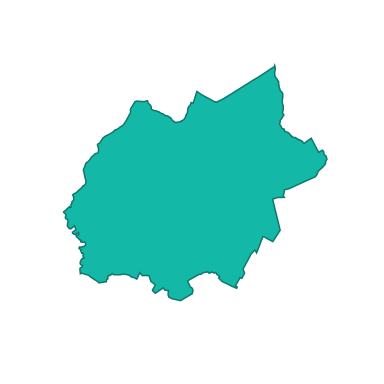 Osorhei, Bihor, Romania, rotated 244°
{"feature_id": "2599482B12342041000570", "entity_name": "Osorhei", "entity_type": "district", "adm_level": 2, "iso_a3": "ROU", "parent_name": "Romania", "parent_adm1": "Bihor", "projection": "orthographic", "projection_center": [22.056, 47.025], "detail": "fine", "context": "isolated", "style": "filled", "palette": "teal", "viewbox_px": 384, "rotation_deg": 244, "n_neighbors": 0, "source": "geoboundaries", "source_scale": "gbopen_adm2", "svg_char_len": 5973}
<svg xmlns="http://www.w3.org/2000/svg" viewBox="0 0 384 384"><g transform="rotate(244 192 192)"><path d="M269.5,321.8L268.7,321.1L268.4,320.0L268.0,315.5L267.5,312.6L266.1,301.3L265.8,296.8L262.8,268.9L262.1,261.4L261.9,258.7L262.0,258.0L262.0,253.4L262.4,253.2L262.6,252.9L263.5,251.5L265.2,250.5L275.2,243.3L280.3,240.5L271.3,232.0L272.8,230.5L271.6,229.3L270.9,228.2L270.1,226.6L269.6,225.6L269.3,225.3L267.1,223.7L266.0,223.2L265.4,222.7L264.7,221.9L263.8,220.4L261.4,218.0L260.6,216.1L260.6,215.8L260.4,214.5L260.6,213.4L260.6,213.2L260.1,213.0L261.2,209.2L262.0,207.2L263.3,206.9L264.4,205.8L267.2,205.6L269.5,204.5L271.1,203.4L272.3,201.6L275.3,199.9L275.9,198.9L278.4,197.5L279.6,196.2L280.8,195.3L281.7,193.9L282.9,192.5L284.4,191.8L286.2,192.6L287.9,192.7L291.3,191.6L293.6,192.0L294.3,188.4L296.7,184.3L296.9,183.8L298.1,181.8L298.1,179.9L297.0,178.9L297.0,178.3L295.9,176.9L294.3,174.2L293.6,173.4L292.8,172.6L292.4,172.4L291.0,172.0L289.9,171.0L283.9,162.5L283.4,161.4L282.2,159.1L281.9,155.8L281.3,153.6L281.3,152.9L281.3,152.2L281.1,151.6L281.2,151.1L281.5,150.4L281.5,149.9L280.8,148.4L280.1,143.5L280.1,142.8L280.2,142.1L280.2,141.2L280.2,139.0L279.8,136.5L279.6,135.6L279.4,135.2L278.8,134.6L277.6,132.1L276.8,131.3L276.6,131.0L276.4,128.4L276.2,128.0L275.8,127.7L275.1,127.5L272.4,127.1L271.6,126.8L269.5,125.7L268.6,124.8L268.4,124.5L268.7,122.7L268.8,121.5L268.7,121.1L268.6,120.5L268.2,120.0L267.9,119.3L267.8,117.9L267.6,117.3L265.1,112.8L264.5,109.8L264.3,109.0L261.9,106.9L259.8,104.3L259.3,103.9L257.8,103.7L251.1,102.0L248.6,101.6L247.2,100.9L246.2,100.0L245.6,99.1L245.1,97.5L245.3,97.1L245.2,96.3L245.0,95.9L244.4,95.6L244.2,95.2L244.1,94.4L243.8,93.0L243.4,91.8L242.9,89.7L242.4,88.7L241.9,87.1L242.0,87.0L242.2,86.2L242.2,84.9L241.9,84.2L241.7,83.4L240.3,83.5L238.2,83.0L236.8,82.4L236.3,81.5L236.0,80.1L234.9,79.1L234.4,78.9L233.8,78.1L233.8,77.7L231.9,77.0L231.4,76.6L231.4,76.1L231.6,75.5L232.6,75.4L231.1,70.9L230.3,67.7L229.4,67.8L228.1,68.5L227.0,68.7L225.8,68.3L225.1,67.3L224.5,66.9L224.2,66.8L223.4,66.9L222.9,67.2L222.3,67.9L222.0,68.0L221.2,67.8L219.7,67.8L218.0,66.1L216.7,65.3L216.0,65.2L215.5,65.3L214.5,65.2L213.4,65.5L212.2,66.4L212.0,67.0L213.2,71.6L208.9,71.1L208.5,69.1L208.3,66.9L207.1,66.7L205.6,67.5L205.1,68.3L205.0,68.9L205.4,71.1L205.8,71.8L205.7,72.2L205.3,72.4L204.7,72.1L204.2,72.1L203.8,71.6L203.5,71.4L203.2,71.0L203.2,70.8L203.6,69.9L203.6,69.1L203.3,68.6L202.7,68.5L202.2,68.6L201.3,69.1L198.1,70.2L197.9,70.4L197.5,71.2L197.1,71.1L196.8,70.5L196.3,70.2L195.9,70.2L195.6,70.5L194.9,71.5L194.5,72.3L194.6,72.8L194.5,73.3L193.9,73.6L192.5,73.8L191.5,73.5L191.2,73.3L190.7,72.1L190.4,71.2L190.5,70.4L191.1,69.3L191.1,68.6L191.0,68.2L191.2,67.8L191.9,66.8L191.8,66.6L191.7,66.5L191.7,66.4L191.2,65.9L190.8,65.7L190.2,65.9L189.0,66.9L188.4,66.3L186.4,66.1L185.9,66.1L185.4,66.0L184.4,67.3L183.7,67.0L182.3,65.9L180.0,66.1L180.3,64.2L180.0,63.4L179.4,62.4L178.0,60.8L177.1,60.3L175.9,60.0L175.5,60.1L174.5,60.8L174.1,61.4L173.6,61.3L173.3,60.9L173.3,60.6L172.7,59.9L172.6,59.5L172.6,58.9L172.8,58.2L171.2,57.1L169.5,56.6L169.3,56.5L167.4,55.8L167.4,57.3L163.5,61.4L163.1,62.1L162.7,62.3L162.6,62.5L161.8,63.0L160.6,63.3L160.2,63.5L158.2,64.7L157.1,65.4L156.3,65.7L154.1,67.3L152.9,67.8L151.8,68.5L151.2,68.4L148.9,75.6L150.6,76.8L151.2,77.7L150.8,78.3L151.4,78.7L151.8,78.5L152.2,78.8L152.7,79.2L152.9,79.0L153.5,79.9L153.6,80.6L152.9,81.4L153.5,84.7L152.0,85.3L151.7,86.1L150.4,88.4L149.5,90.4L148.9,91.8L148.7,93.2L148.3,94.5L147.2,96.1L144.6,99.2L142.3,100.1L140.3,102.5L139.3,103.1L137.9,104.3L142.4,109.7L138.7,110.6L135.9,116.6L129.5,115.9L124.8,118.3L124.4,118.0L123.6,117.1L121.5,113.8L120.7,113.3L117.1,114.6L118.4,124.2L115.6,124.6L113.8,127.6L110.0,125.4L107.8,125.1L105.0,127.1L99.4,134.1L100.5,147.7L103.2,149.8L105.4,150.0L105.8,149.9L107.2,149.0L107.5,148.9L113.7,149.0L114.1,149.6L114.8,160.7L114.9,162.2L114.1,164.0L114.6,166.9L113.8,169.3L113.8,169.8L113.5,170.4L113.5,170.8L113.3,171.2L113.0,171.4L112.2,171.4L111.8,171.5L111.7,172.0L111.4,172.2L111.2,173.0L111.3,173.4L111.5,174.0L111.3,174.7L110.5,175.7L109.9,175.8L109.6,176.1L109.4,176.4L109.5,177.4L109.4,177.6L109.1,178.0L108.3,178.1L107.5,178.4L107.0,178.2L106.3,178.7L105.2,179.2L104.8,179.3L104.2,179.7L103.9,179.8L103.1,178.2L98.4,179.8L92.8,184.3L90.5,186.0L90.0,186.3L85.9,189.9L86.8,191.0L88.5,189.8L94.1,197.8L92.5,198.9L96.0,203.7L100.2,204.1L100.5,204.3L107.4,213.9L110.0,217.4L110.7,218.9L112.2,222.8L112.1,223.1L111.1,223.4L109.0,223.3L109.8,224.3L116.7,231.8L117.6,232.6L118.1,232.6L118.3,233.3L119.1,234.4L120.3,235.7L120.9,236.2L120.0,237.3L116.9,239.3L112.0,242.9L119.0,254.5L150.2,261.3L149.6,266.4L146.7,272.6L148.8,272.4L150.6,274.2L153.5,276.1L152.4,280.6L152.0,299.3L151.6,309.6L153.1,312.2L155.1,314.3L155.8,315.9L156.9,320.0L157.5,321.5L158.8,324.2L161.2,325.9L162.3,327.7L164.3,328.0L164.9,328.2L165.6,328.2L166.8,327.6L168.2,327.3L170.9,328.1L172.5,327.3L172.1,323.2L188.1,322.7L186.5,314.1L186.7,313.9L189.8,313.0L189.7,312.8L189.9,312.6L190.8,312.3L191.9,311.4L192.8,310.6L192.8,310.2L193.3,309.8L193.9,309.8L195.7,308.8L196.2,307.5L197.3,306.6L198.4,306.2L198.3,305.9L199.1,305.6L199.3,305.7L202.6,304.9L203.3,304.4L205.6,302.3L206.1,302.0L207.5,302.2L207.8,302.4L208.5,302.2L208.6,301.9L208.4,301.9L208.4,301.7L209.6,300.9L211.4,300.7L212.4,300.8L213.3,300.6L214.0,300.6L214.5,300.3L216.0,301.7L217.8,302.8L218.6,304.7L220.1,306.8L221.0,308.4L223.6,308.0L224.1,308.5L224.4,308.6L225.1,309.4L225.6,309.6L226.7,310.6L228.0,311.0L229.6,311.9L230.6,311.9L232.0,312.1L234.2,312.9L235.3,313.8L236.8,314.6L237.2,315.0L240.5,316.6L241.0,316.7L241.3,316.6L242.0,316.6L243.9,316.0L245.6,315.9L246.1,316.0L246.3,316.2L247.0,316.1L247.8,316.4L249.1,316.5L249.5,316.9L250.0,316.9L250.8,317.3L252.0,317.5L252.9,318.2L253.5,318.2L254.4,317.9L255.3,318.0L260.1,317.2L261.1,317.9L263.2,318.6L263.6,319.0L264.3,319.4L266.5,321.1L267.8,321.2L268.6,321.7L269.5,321.8Z" fill="#14b8a6" stroke="#0f766e" stroke-width="1.5"/></g></svg>